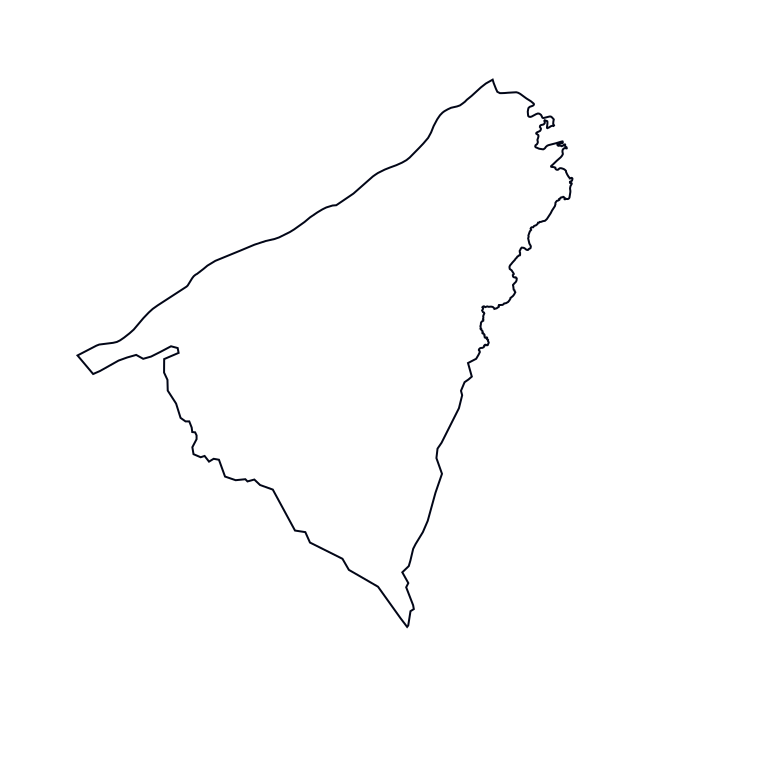 San Javier, Río Negro, Uruguay, rotated 65°
{"feature_id": "84410073B27439401381300", "entity_name": "San Javier", "entity_type": "district", "adm_level": 2, "iso_a3": "URY", "parent_name": "Uruguay", "parent_adm1": "Río Negro", "projection": "equal_earth", "projection_center": [-58.06, -32.653], "detail": "fine", "context": "isolated", "style": "outline", "palette": "ink", "viewbox_px": 768, "rotation_deg": 65, "n_neighbors": 0, "source": "geoboundaries", "source_scale": "gbopen_adm2", "svg_char_len": 6165}
<svg xmlns="http://www.w3.org/2000/svg" viewBox="0 0 768 768"><g transform="rotate(65 384 384)"><path d="M334.9,220.3L332.9,221.4L331.6,221.1L330.5,220.5L329.6,219.3L329.2,218.3L328.2,216.3L326.7,212.7L326.0,211.7L325.7,210.5L324.9,209.3L324.9,208.4L324.5,207.7L324.8,206.5L324.5,206.1L322.6,205.2L321.7,205.2L320.5,204.6L320.0,203.7L319.1,202.8L318.6,201.5L319.6,199.9L320.4,199.2L322.5,198.2L323.3,197.1L323.3,196.5L323.0,196.2L322.8,195.1L322.9,194.5L322.8,194.0L322.6,193.6L321.2,192.7L320.2,192.7L318.2,192.9L312.9,191.8L311.7,190.7L310.5,190.4L308.8,188.8L307.3,187.3L306.5,185.5L305.2,185.5L304.5,184.6L304.4,183.9L305.0,182.6L304.2,181.1L304.4,179.3L304.1,178.0L303.7,177.0L302.9,176.2L303.3,175.2L302.9,174.4L303.4,173.4L303.6,171.0L303.9,170.1L304.1,169.0L303.3,166.6L299.7,160.8L297.8,158.4L295.0,153.9L294.2,153.3L293.8,152.8L292.3,152.1L291.8,151.4L291.1,150.0L291.1,149.4L291.3,148.9L291.2,147.4L290.4,147.2L290.4,145.8L289.8,145.3L289.8,144.4L290.3,142.9L290.1,142.5L290.4,142.1L291.8,141.9L292.1,141.5L292.8,142.2L293.1,142.0L293.2,140.8L293.9,139.6L294.1,138.8L293.9,137.8L293.4,137.1L288.8,134.0L287.8,133.5L285.5,132.8L284.4,132.1L283.3,131.2L282.2,129.6L281.8,129.2L281.2,129.2L280.6,130.3L279.6,130.2L279.3,130.0L279.3,128.5L279.1,127.6L278.0,126.7L277.4,126.4L276.9,126.5L276.5,126.8L276.4,128.4L276.2,128.8L275.5,128.6L274.9,128.9L274.3,129.1L271.7,129.4L268.8,129.4L267.8,129.0L266.6,129.4L265.2,130.2L264.1,131.3L263.2,132.4L262.8,133.4L262.9,134.4L263.3,135.4L263.2,136.2L262.7,137.0L262.1,137.4L261.4,137.6L260.8,137.6L260.3,137.3L259.4,138.2L257.9,140.6L257.3,140.6L257.0,140.2L256.6,138.6L254.7,133.1L253.2,128.0L252.4,126.3L251.4,124.9L250.6,124.5L249.1,124.2L247.9,123.6L247.0,122.8L246.5,121.0L246.6,120.3L246.9,119.8L247.5,119.3L247.6,118.8L246.7,118.5L245.1,119.3L244.3,119.1L243.8,118.7L243.3,118.8L243.2,119.7L243.6,120.7L243.6,122.4L242.2,123.7L242.0,124.9L241.7,125.4L240.8,125.8L240.1,125.6L240.0,125.0L240.3,123.9L240.5,122.2L241.0,121.3L241.1,120.5L240.7,119.9L239.7,119.6L239.5,119.8L239.2,121.3L238.5,126.2L237.1,133.7L237.0,135.2L237.5,137.1L238.3,138.4L238.6,139.6L238.6,140.6L236.3,144.0L233.5,146.5L232.5,146.5L231.7,145.8L231.3,144.0L230.4,142.8L229.7,142.3L227.6,141.8L225.8,140.1L224.6,139.2L223.6,139.0L221.4,140.2L220.9,139.9L220.6,139.0L220.6,135.8L220.3,135.1L219.5,134.2L218.7,133.8L216.9,134.1L215.9,133.3L215.7,132.2L216.2,129.8L215.9,128.8L215.3,127.9L214.4,127.6L213.3,127.5L212.9,126.8L214.8,125.0L215.5,125.1L217.0,125.8L220.4,127.9L220.8,128.0L221.2,127.7L221.2,125.6L220.9,124.1L221.1,122.3L221.8,121.4L221.5,120.6L219.7,120.7L217.9,119.7L215.9,118.3L213.3,119.1L212.1,119.8L211.5,121.1L210.3,127.3L209.5,127.9L207.2,127.9L206.4,128.0L204.8,128.9L203.9,130.1L203.7,132.0L204.0,137.2L203.7,138.7L203.0,139.6L202.0,140.0L200.9,139.7L197.9,138.6L195.6,137.0L194.8,136.2L194.4,134.7L194.7,131.7L194.5,130.6L193.9,129.9L193.2,129.8L189.8,131.4L185.3,134.3L178.7,137.9L176.8,139.3L175.5,140.8L172.6,148.1L171.0,152.4L169.4,156.0L167.1,157.8L163.8,157.8L157.5,157.4L154.1,156.9L154.7,164.6L156.1,170.7L159.9,182.8L161.4,188.8L162.4,191.4L163.0,194.1L163.6,197.4L163.3,200.5L162.0,206.5L162.0,210.2L162.3,214.0L162.8,216.3L164.1,219.7L166.6,223.9L171.2,230.0L175.9,235.0L179.6,240.0L182.7,246.8L184.9,252.4L189.6,265.0L190.6,269.1L191.0,274.1L190.9,280.4L190.3,287.3L190.0,292.7L190.2,300.4L190.7,303.7L191.2,306.4L198.5,331.2L200.8,345.4L201.8,351.7L200.5,355.2L199.6,361.7L199.7,366.0L200.3,371.8L201.7,380.5L203.6,387.6L205.9,400.0L206.5,405.1L206.8,417.2L206.3,422.0L204.4,430.8L203.0,442.5L202.4,457.6L201.1,484.8L202.1,494.0L203.4,498.9L205.2,506.9L205.3,508.6L205.9,510.9L207.1,513.2L211.8,520.3L212.3,521.8L217.1,555.9L218.2,561.9L219.8,567.0L222.6,574.2L228.9,587.8L230.5,593.1L232.1,599.9L232.9,604.7L233.0,608.3L232.2,612.1L227.9,625.4L227.7,628.4L228.6,649.7L252.0,643.4L252.2,636.1L250.6,614.7L251.4,605.7L252.9,596.3L259.4,591.6L260.7,583.5L260.4,573.0L259.8,561.1L264.2,555.8L269.0,557.0L268.5,572.7L280.7,578.5L288.7,578.5L298.6,582.8L313.9,580.7L328.7,582.7L334.0,579.7L335.6,576.3L342.2,576.7L346.5,578.1L348.0,575.6L351.4,575.6L354.8,577.2L360.3,584.4L367.1,586.3L372.9,581.1L373.4,577.0L380.4,575.4L379.8,570.0L382.9,565.6L400.7,567.2L408.5,559.1L411.7,549.9L414.6,548.9L415.8,541.9L423.2,539.0L432.7,529.4L479.2,526.6L485.0,517.9L496.4,518.1L524.9,495.5L537.6,494.4L565.2,475.1L603.3,468.0L613.9,465.7L613.1,464.1L601.1,456.0L600.6,452.1L596.8,451.1L577.6,449.8L574.7,446.1L562.4,447.0L559.5,438.5L555.3,434.8L545.7,427.2L542.4,423.0L534.7,411.4L526.5,402.2L504.3,383.3L489.9,369.4L473.3,367.8L465.2,362.8L461.6,356.7L437.6,326.3L427.2,317.9L422.7,317.1L416.4,310.2L415.6,305.5L414.4,301.3L400.5,299.0L400.1,289.8L397.4,285.9L395.6,283.7L394.7,283.4L393.9,283.7L393.3,283.7L392.7,283.2L392.2,282.0L392.3,280.8L392.8,279.7L392.8,278.2L392.4,277.5L391.6,277.1L391.3,276.3L391.2,275.7L391.5,275.2L392.0,275.2L392.2,274.2L392.5,274.0L392.5,273.4L391.9,272.9L391.3,272.1L390.5,271.5L389.0,271.6L388.0,271.0L387.4,271.2L387.1,271.7L386.3,271.8L386.1,271.3L385.7,271.0L385.3,271.1L385.0,271.6L385.1,272.2L384.9,272.6L384.4,273.0L383.1,272.7L382.7,272.4L382.2,272.5L381.7,272.1L380.4,272.5L379.9,273.2L379.3,273.3L378.9,272.6L377.4,272.4L376.7,272.9L375.3,272.6L375.0,273.2L374.7,273.2L374.5,272.9L374.0,272.7L373.3,272.3L372.3,272.2L371.4,271.3L369.6,270.3L368.9,269.3L368.6,268.4L368.6,267.3L367.5,266.7L367.0,266.9L366.3,266.2L365.4,265.7L364.5,265.5L363.0,264.0L362.5,263.3L361.5,263.2L360.7,263.9L358.8,264.0L358.1,262.9L357.2,262.2L356.0,262.4L355.7,261.7L355.8,260.6L357.1,259.8L357.3,257.7L358.3,256.5L359.1,254.3L360.1,252.9L361.9,252.1L362.6,252.2L363.0,249.9L362.5,247.2L361.5,247.0L361.0,246.5L362.3,243.4L362.3,242.2L361.8,241.1L362.3,239.2L362.1,236.8L361.2,235.0L360.1,233.4L359.5,233.1L358.8,230.1L357.9,228.3L356.3,226.2L355.1,226.4L354.3,226.1L353.8,226.4L353.3,226.6L349.9,225.5L349.1,225.4L348.7,225.2L347.8,223.1L347.3,221.6L346.7,220.7L346.0,220.0L344.5,219.1L344.1,219.1L343.5,219.6L343.1,219.5L342.7,220.0L342.6,220.7L342.1,221.2L341.3,221.6L340.5,221.5L339.7,221.2L339.4,220.2L339.2,219.9L338.8,219.8L334.9,220.3Z" fill="none" stroke="#020617" stroke-width="2"/></g></svg>